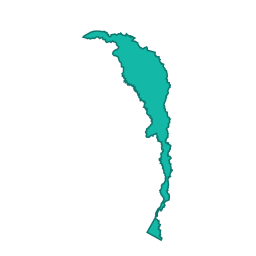 Nhamundá, Amazonas, Brazil, rotated 209°
{"feature_id": "56859067B20475457362782", "entity_name": "Nhamundá", "entity_type": "district", "adm_level": 2, "iso_a3": "BRA", "parent_name": "Brazil", "parent_adm1": "Amazonas", "projection": "robinson", "projection_center": [-57.83, -1.081], "detail": "fine", "context": "isolated", "style": "filled", "palette": "teal", "viewbox_px": 256, "rotation_deg": 209, "n_neighbors": 0, "source": "geoboundaries", "source_scale": "gbopen_adm2", "svg_char_len": 5861}
<svg xmlns="http://www.w3.org/2000/svg" viewBox="0 0 256 256"><g transform="rotate(209 128 128)"><path d="M82.5,112.9L81.3,113.2L81.0,112.6L80.2,112.6L80.0,111.7L79.0,111.6L78.8,110.7L78.1,110.5L78.1,109.8L77.7,110.0L77.0,108.8L76.0,108.3L74.7,106.0L73.2,105.8L72.6,104.5L70.9,103.4L70.8,102.2L70.5,101.8L70.8,101.8L70.2,100.9L69.8,100.8L69.7,100.1L69.3,99.8L69.8,99.2L69.7,96.5L70.1,96.4L70.8,95.3L70.7,93.7L69.9,92.6L69.3,90.8L69.9,88.8L69.1,88.4L68.7,87.4L68.0,87.2L66.7,85.8L66.0,85.8L65.1,85.1L63.5,84.6L61.9,83.0L61.8,80.1L62.3,78.3L62.0,78.0L61.6,76.1L61.5,74.1L62.5,71.9L62.4,67.4L62.0,66.0L61.2,65.7L61.2,64.2L60.6,63.2L60.7,46.0L44.7,46.0L44.7,47.0L45.1,47.3L44.9,47.9L45.4,48.3L48.2,48.7L48.3,49.2L47.7,50.1L47.9,50.5L48.3,50.3L49.2,52.5L49.8,53.0L49.7,54.0L50.1,54.4L51.3,54.1L51.6,54.6L52.5,54.3L52.6,55.7L53.5,56.3L53.4,56.8L52.6,57.1L53.0,59.2L53.9,59.0L55.0,59.5L55.4,61.0L56.1,61.8L56.6,61.1L58.0,62.0L59.8,62.0L60.4,62.5L60.5,64.4L60.4,65.0L59.8,65.0L59.8,65.5L61.2,67.8L61.1,71.9L60.6,72.5L59.0,71.6L58.7,73.6L59.2,75.2L58.1,76.3L58.4,76.8L58.1,78.2L60.7,80.0L59.6,81.5L59.9,82.0L58.2,83.7L57.3,85.2L58.0,85.8L57.9,86.8L59.5,89.4L60.1,89.9L61.5,90.0L63.3,91.5L63.0,92.6L63.5,92.5L64.0,95.5L64.7,96.4L64.9,97.8L68.4,102.6L68.3,104.1L69.0,104.9L68.0,105.1L67.4,106.1L68.3,106.5L69.2,109.1L68.9,110.4L70.0,111.6L68.7,112.2L69.0,112.7L70.4,112.8L71.5,114.6L72.4,115.3L73.0,117.2L74.7,117.3L75.4,118.7L76.6,119.4L75.7,122.4L76.2,122.9L78.0,123.5L79.3,122.6L80.2,123.6L79.9,124.2L80.6,124.8L81.0,126.0L81.2,127.2L80.7,127.7L81.2,129.6L80.8,129.9L81.7,131.7L81.9,133.2L84.5,133.7L85.2,133.1L85.6,133.4L85.5,134.4L86.1,134.5L86.4,133.6L87.5,133.4L88.1,133.6L88.1,134.3L88.6,134.9L89.1,134.8L89.4,135.7L89.0,136.0L89.3,137.8L88.9,138.4L88.7,139.5L89.1,140.0L89.5,139.9L89.7,140.3L89.4,140.7L90.0,141.6L90.2,142.7L91.0,142.6L91.7,144.3L93.1,145.3L93.7,145.3L93.9,145.7L93.9,146.7L93.1,148.3L93.6,148.9L93.3,149.7L94.7,151.0L94.2,152.7L95.5,155.2L95.4,156.2L96.2,156.0L96.8,157.0L98.9,157.1L101.4,160.8L102.0,160.5L103.2,160.7L104.0,161.4L104.2,162.3L105.2,162.9L106.2,163.0L106.1,164.2L107.0,165.1L107.9,165.3L108.5,168.6L108.6,170.8L109.2,171.6L109.2,173.7L110.3,174.1L110.0,175.8L109.7,176.2L109.7,177.6L110.1,178.7L111.1,179.4L111.3,179.9L111.6,183.1L111.0,184.1L111.2,184.5L111.7,184.5L111.8,185.9L112.2,186.2L112.6,186.0L113.1,186.2L113.9,187.6L115.7,187.0L116.5,188.1L116.7,189.1L117.5,189.6L118.1,189.3L118.6,190.2L118.5,191.6L119.4,193.4L122.3,196.8L123.5,196.5L124.4,197.7L127.1,198.7L127.7,201.0L129.2,200.9L129.7,200.2L130.2,200.8L130.6,200.5L131.2,201.3L132.6,201.5L133.2,202.4L133.0,203.4L134.4,203.6L135.4,205.3L137.1,204.3L138.0,204.5L138.4,204.2L139.0,204.9L139.9,204.8L140.9,207.3L148.7,205.4L149.9,207.2L151.0,207.9L151.8,206.6L152.5,206.3L153.0,204.8L153.5,204.3L155.1,204.5L156.7,204.3L159.7,205.8L160.8,207.1L163.9,207.3L165.4,206.4L166.1,207.0L166.7,206.6L166.3,208.1L166.7,209.1L165.7,209.5L165.6,210.0L169.1,210.0L169.4,209.6L169.2,208.7L169.4,208.5L170.1,208.7L170.1,209.6L170.4,209.8L170.9,209.7L171.8,208.9L175.1,209.6L175.1,208.8L174.6,207.8L174.8,207.4L178.0,206.7L180.3,207.5L180.3,206.5L182.0,205.8L183.1,203.6L184.8,203.9L187.9,201.4L187.6,199.9L188.7,198.9L190.0,199.3L190.4,200.3L191.5,200.0L192.5,201.1L194.0,201.0L194.8,200.0L194.5,200.8L195.7,201.0L197.0,199.8L199.1,199.2L202.4,197.5L204.8,196.0L206.9,193.8L211.1,187.0L211.3,185.7L208.8,186.4L206.6,186.6L206.0,187.5L205.5,187.7L204.3,187.5L202.8,189.4L200.7,190.1L199.6,192.6L198.1,193.2L196.4,192.5L194.3,194.8L192.7,193.4L191.8,193.6L190.9,194.4L189.3,192.8L188.3,192.5L186.0,194.7L185.4,195.0L184.4,194.7L183.6,196.8L182.4,196.5L180.1,197.0L178.8,196.3L178.5,195.3L178.0,195.0L175.7,194.6L175.3,194.1L175.2,192.6L176.1,190.8L177.2,189.6L177.8,187.6L177.5,185.9L176.9,185.1L175.3,184.6L173.9,185.3L170.9,185.3L168.3,182.6L166.9,181.9L165.3,181.6L163.4,178.4L161.3,179.0L158.9,174.2L159.5,172.6L158.4,171.8L158.2,170.7L157.4,170.6L156.7,171.4L155.9,169.7L154.1,170.0L154.2,169.1L153.5,168.6L154.3,167.8L153.8,166.9L153.5,167.6L152.7,167.0L152.0,167.9L151.9,166.5L150.4,167.4L149.5,167.0L149.7,165.9L148.9,165.6L148.9,166.6L148.5,167.1L148.1,166.5L147.1,166.2L146.5,167.7L146.2,167.7L145.2,166.8L144.3,166.7L144.4,167.3L143.8,168.0L142.7,166.6L141.5,167.1L141.3,166.6L142.0,165.5L141.2,165.3L141.1,164.3L140.5,164.1L140.0,165.2L139.3,165.2L139.1,165.0L139.4,164.3L139.1,163.6L137.3,164.4L137.1,163.2L135.9,162.9L135.6,162.2L134.5,163.0L134.3,162.6L134.7,161.5L133.7,161.2L133.5,160.3L133.0,160.0L131.6,159.9L131.3,159.5L130.8,159.7L130.6,159.5L131.1,158.5L130.5,157.9L129.4,158.9L128.9,158.7L127.9,159.0L127.2,158.5L127.1,159.0L126.3,159.3L125.4,158.1L124.8,158.0L125.2,156.9L124.6,155.8L124.4,153.8L123.5,154.3L122.8,153.7L122.4,154.1L121.9,153.7L120.8,154.2L121.2,152.7L120.0,152.8L119.7,151.9L119.1,151.5L119.1,150.7L118.6,150.4L118.5,149.8L115.5,148.9L115.1,149.5L114.3,149.0L113.8,149.2L113.5,148.7L113.8,147.8L112.6,147.4L111.7,147.8L111.2,147.6L111.4,146.2L110.4,145.9L110.6,145.0L109.4,144.5L109.0,143.0L109.6,142.1L109.7,141.4L109.3,140.8L110.1,139.5L110.3,137.5L110.5,137.0L110.8,137.1L111.1,136.6L110.9,135.4L110.3,134.9L110.8,133.4L110.2,132.4L108.9,132.1L108.3,131.4L108.4,130.1L108.0,129.4L107.2,129.1L106.3,129.8L105.8,129.6L104.7,130.8L104.7,131.9L104.4,132.4L104.0,132.9L102.3,133.1L102.6,134.5L101.1,135.9L100.6,137.2L98.7,135.3L98.3,134.1L97.8,134.4L97.9,133.4L97.1,133.3L96.3,132.4L95.9,132.6L96.0,131.9L95.2,131.1L94.0,131.7L93.1,131.5L91.9,132.0L91.7,131.2L91.0,130.8L90.9,130.1L89.6,129.5L89.8,129.0L89.3,128.3L89.3,127.4L87.9,125.6L87.1,125.5L86.8,125.9L85.9,124.7L86.3,123.8L86.1,123.5L86.1,122.7L86.9,121.9L86.5,121.0L86.0,120.7L85.3,119.4L84.8,119.1L84.7,117.7L85.0,117.1L84.5,116.9L85.6,116.5L85.5,116.1L85.2,115.3L84.2,114.7L83.8,114.8L83.7,115.3L82.4,113.9L82.5,112.9Z" fill="#14b8a6" stroke="#0f766e" stroke-width="1.5"/></g></svg>